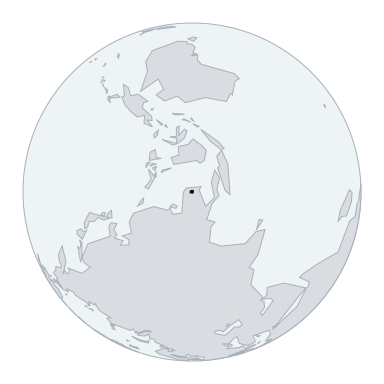 the Earth from above Bình Phước, rotated 212°
{"feature_id": "VNM-484", "entity_name": "Bình Phước", "entity_type": "Province", "adm_level": 1, "iso_a3": "VNM", "parent_name": "Vietnam", "parent_adm1": "", "projection": "orthographic", "projection_center": [106.812, 11.797], "detail": "fine", "context": "on_globe", "style": "filled", "palette": "ink", "viewbox_px": 384, "rotation_deg": 212, "n_neighbors": 0, "source": "natural_earth", "source_scale": "10m", "svg_char_len": 9625}
<svg xmlns="http://www.w3.org/2000/svg" viewBox="0 0 384 384"><g transform="rotate(212 192 192)"><circle cx="192" cy="192" r="169" fill="#eef3f6" stroke="#a8b0b8"/><path d="M347.4,247.4L347.1,248.5L347.4,247.4ZM270.8,42.5L271.0,42.9L276.9,46.5L271.2,43.3L286.2,53.3L290.3,58.1L282.2,50.6L278.7,48.4L279.8,50.3L276.5,48.6L275.1,48.7L271.0,46.6L266.6,43.0L263.9,41.7L264.8,43.2L261.4,42.5L260.4,40.4L254.2,39.1L245.7,34.0L246.4,32.1L238.2,29.5L237.9,29.4L249.1,33.0L260.1,37.4L270.8,42.5ZM348.5,128.3L348.3,128.0L348.1,127.3L348.5,128.3ZM281.9,49.8L280.9,48.8L283.0,50.5L281.9,49.8ZM275.7,49.1L277.0,50.0L275.7,49.7L275.7,49.1ZM268.3,46.4L265.8,45.9L267.6,45.7L268.3,46.4ZM263.9,45.2L257.9,44.5L260.4,46.4L250.1,41.2L258.5,43.2L260.3,42.6L261.3,43.9L263.9,45.2ZM245.3,38.7L243.2,38.2L244.6,38.1L245.3,38.7ZM234.0,28.4L233.8,28.3L228.8,27.1L227.9,27.0L225.2,26.3L234.0,28.4ZM216.8,24.9L216.0,24.8L214.9,24.6L216.8,24.9ZM220.1,25.4L221.0,25.6L219.0,25.2L222.2,25.8L218.5,25.2L216.9,24.9L220.1,25.4ZM216.7,25.0L222.7,26.0L222.9,26.1L216.7,25.0ZM205.2,23.6L206.1,23.6L204.7,23.5L205.2,23.6ZM213.0,24.5L215.1,24.7L215.2,24.8L213.0,24.5ZM206.0,23.7L204.9,23.6L206.5,23.7L206.0,23.7ZM209.1,24.0L208.8,24.1L207.8,23.8L210.0,24.1L209.1,24.0ZM212.8,24.5L213.5,24.6L211.8,24.4L212.8,24.5ZM200.5,23.6L198.8,23.2L202.4,23.4L203.5,23.6L200.5,23.6ZM58.9,87.9L58.8,88.2L57.6,89.9L52.5,96.8L46.2,109.8L50.5,104.7L50.2,113.4L53.4,115.5L64.1,102.5L58.9,98.5L63.3,91.2L71.8,88.7L77.1,93.2L79.0,90.5L80.1,82.8L85.9,79.4L81.0,79.9L79.6,83.0L76.5,83.6L77.6,80.9L79.6,79.7L79.3,77.6L69.8,84.9L67.4,88.8L63.7,87.8L59.3,94.4L56.7,96.6L63.2,86.3L66.0,83.2L74.3,72.0L71.0,75.1L62.9,86.1L63.4,84.7L58.8,89.9L62.7,84.9L72.4,72.9L72.1,72.9L88.6,58.3L92.8,55.4L92.7,55.9L101.2,50.4L102.3,50.2L97.0,53.3L93.2,56.1L93.8,58.5L95.8,57.7L101.3,54.2L100.8,55.6L106.0,52.0L109.5,52.4L109.6,49.1L116.1,45.7L121.7,44.1L123.8,42.6L114.6,45.3L111.0,47.0L107.8,49.2L97.8,54.4L96.2,54.6L106.7,47.6L105.6,47.4L114.3,42.7L133.8,37.3L138.6,37.6L132.9,44.7L128.1,46.1L127.7,44.0L122.1,48.8L125.4,47.0L125.0,48.4L131.0,46.2L131.0,47.2L136.8,43.7L137.5,44.7L133.8,46.9L143.3,45.2L146.4,47.1L148.5,46.3L149.9,45.0L152.9,48.7L154.4,48.0L154.0,46.4L156.6,44.2L162.4,41.9L163.1,43.3L161.1,44.3L158.0,48.9L152.6,51.8L153.4,52.2L158.3,50.0L162.2,44.3L165.5,42.6L164.3,45.1L165.0,44.0L166.9,43.6L169.4,44.7L170.9,42.0L190.5,37.8L197.3,40.0L194.1,42.3L208.5,42.5L215.0,46.2L214.6,44.6L221.3,44.4L219.3,43.2L219.6,42.4L235.8,42.7L240.1,44.3L246.6,43.7L246.4,43.0L243.5,41.7L250.1,41.2L260.4,46.4L260.3,47.5L266.9,50.4L265.8,52.9L267.9,56.7L262.9,58.5L265.0,61.7L267.4,62.6L272.0,68.1L273.4,77.4L262.0,66.1L257.8,53.7L258.6,58.1L255.4,56.2L253.8,57.4L254.6,60.9L256.6,61.8L242.3,64.7L238.3,74.5L246.0,74.8L250.7,78.7L252.8,92.8L238.0,111.1L244.1,118.5L244.4,123.1L238.9,125.4L238.3,118.7L232.9,115.8L233.4,111.9L224.4,114.2L224.7,108.8L217.5,113.7L220.1,118.2L227.9,117.8L221.6,125.0L229.4,133.5L230.2,143.2L216.6,159.4L202.9,163.7L202.0,166.8L196.7,162.9L189.4,168.6L199.2,187.2L198.9,192.4L187.2,201.4L187.0,197.5L172.8,187.0L170.0,199.2L180.7,210.4L184.4,222.8L176.1,218.4L172.3,207.5L167.3,203.4L168.8,192.7L164.9,176.4L156.5,178.7L157.3,172.3L150.6,158.7L138.7,161.6L119.5,176.4L116.7,192.6L110.2,198.9L102.9,174.2L103.6,158.4L98.4,159.1L93.0,144.7L76.4,140.4L76.3,136.2L72.7,137.2L69.2,132.1L69.9,125.3L66.8,124.8L65.6,142.8L69.2,143.5L75.3,138.2L74.0,144.4L77.7,151.0L65.6,163.5L44.7,170.9L46.4,158.7L50.1,123.5L52.1,120.3L52.2,119.9L52.5,119.2L49.0,124.3L50.9,117.7L44.8,141.0L42.2,150.8L44.3,171.6L43.2,173.1L45.0,177.9L55.5,176.6L54.7,180.6L47.5,197.5L36.3,218.6L40.0,236.5L42.9,251.0L40.8,258.0L45.9,269.7L45.5,272.2L48.8,278.6L51.2,284.3L53.5,288.8L53.3,288.5L46.8,278.5L41.1,268.0L36.1,257.2L31.9,246.0L28.5,234.6L25.9,222.9L24.1,211.1L23.2,199.2L23.1,187.3L23.9,175.4L25.5,163.5L27.9,151.8L31.1,140.4L35.2,129.1L40.0,118.2L45.6,107.7L51.9,97.5L58.9,87.9ZM78.9,105.8L84.7,108.6L88.8,99.2L91.3,99.6L91.8,96.5L89.1,98.5L91.2,90.2L96.1,88.9L98.8,85.3L97.0,84.2L87.7,88.1L84.6,99.7L80.4,102.6L78.9,105.8ZM109.2,44.7L109.3,44.7L109.0,44.8L109.2,44.7ZM106.7,46.2L106.5,46.3L105.8,46.7L106.7,46.2ZM96.3,52.7L93.3,54.9L90.9,56.6L96.3,52.7ZM191.6,23.0L188.0,23.1L189.4,23.2L186.8,23.5L180.2,24.0L182.4,24.0L180.5,24.6L175.1,25.3L176.9,24.6L169.6,26.0L168.9,25.5L168.1,25.7L165.5,25.8L160.9,26.4L161.4,26.1L159.4,26.5L157.6,26.7L155.1,27.3L155.0,27.2L151.9,27.9L153.1,27.6L165.8,25.1L178.7,23.6L191.6,23.0ZM201.2,23.3L200.9,23.3L201.2,23.3ZM200.0,23.2L200.7,23.3L198.4,23.2L198.8,23.3L196.2,23.2L199.5,23.6L191.9,23.7L187.7,23.6L194.0,23.1L193.3,23.0L193.9,23.1L200.0,23.2ZM59.5,87.9L59.1,88.6L59.3,89.0L56.5,92.5L59.5,87.9ZM65.8,79.7L66.0,79.6L62.0,84.2L62.4,83.6L65.8,79.7ZM69.5,75.9L66.3,79.2L68.2,77.1L69.5,75.9ZM97.5,53.2L98.1,53.2L96.8,54.1L94.9,55.2L97.5,53.2ZM153.4,31.0L155.1,30.2L156.1,30.1L161.8,28.6L162.8,29.1L159.7,30.2L153.4,31.0ZM61.3,104.1L58.4,106.1L58.8,104.4L59.7,104.0L61.3,104.1ZM55.8,98.8L55.4,101.7L55.0,99.8L55.8,98.8ZM155.5,31.3L157.7,30.6L156.8,31.3L155.5,31.3ZM163.8,29.5L163.3,30.2L163.6,29.0L163.8,29.5ZM123.4,334.1L127.0,336.1L124.7,335.8L123.4,334.1ZM56.3,253.9L59.7,277.5L55.8,276.2L51.8,268.4L48.3,253.6L51.7,250.8L52.5,244.6L56.3,253.9ZM227.1,252.8L232.2,253.6L232.0,254.4L227.1,252.8ZM221.8,249.9L227.6,250.4L220.8,251.6L221.8,249.9ZM229.9,250.6L235.8,249.3L238.4,248.1L237.9,249.7L229.9,250.6ZM217.8,249.8L196.3,248.6L187.8,246.0L189.8,243.3L203.6,244.9L217.8,249.8ZM189.1,243.2L176.1,234.4L158.4,209.9L164.7,210.8L183.2,226.2L182.1,228.5L189.9,235.3L189.1,243.2ZM220.6,230.3L219.3,237.6L207.4,236.4L202.0,234.9L198.3,225.3L200.4,220.7L204.8,221.1L222.0,205.8L228.0,210.0L222.7,216.6L227.7,223.2L220.6,230.3ZM117.3,194.2L120.6,204.4L117.1,205.6L117.3,194.2ZM229.0,194.8L222.1,201.6L228.4,192.4L229.0,194.8ZM232.8,186.1L233.2,189.7L230.4,186.1L232.8,186.1ZM201.8,171.7L197.2,172.2L197.0,169.7L203.0,167.6L201.8,171.7ZM230.7,151.5L230.6,158.8L229.7,161.2L227.6,156.7L230.7,151.5ZM166.9,37.8L157.9,39.0L152.0,40.9L149.7,43.3L149.1,40.8L158.1,37.8L166.9,37.8ZM187.5,37.4L189.4,35.8L191.2,36.6L191.0,37.0L187.5,37.4ZM186.8,36.4L184.4,34.5L187.2,33.7L188.5,35.3L186.8,36.4ZM169.6,32.0L166.8,32.2L167.6,31.5L169.6,32.0ZM307.9,311.3L308.4,312.1L303.5,316.6L297.5,321.4L293.1,323.4L307.9,311.3ZM269.5,325.3L270.7,320.5L276.6,319.8L273.0,324.2L269.5,325.3ZM312.0,307.6L316.4,302.7L319.5,297.1L317.2,302.1L318.9,301.7L309.3,311.5L312.0,307.6ZM251.8,305.2L218.9,314.8L212.0,313.2L214.3,309.0L209.2,295.6L211.6,296.0L210.8,286.9L230.6,279.3L245.0,264.3L255.3,265.5L263.5,254.5L273.9,255.4L270.3,264.1L280.6,269.8L288.9,250.2L293.8,270.9L300.3,278.0L300.6,290.8L283.8,312.5L275.5,316.9L274.5,315.0L270.9,317.2L266.1,316.5L264.6,309.7L261.0,311.9L265.1,306.7L259.6,311.3L257.6,307.0L251.8,305.2ZM325.4,266.4L326.6,266.9L327.9,270.2L326.1,269.8L325.4,266.4ZM344.3,252.2L344.5,253.8L343.4,254.5L344.3,252.2ZM347.0,248.7L345.8,249.7L347.4,247.4L347.0,248.7ZM333.3,253.7L333.8,254.9L333.2,255.4L333.3,253.7ZM332.9,253.3L333.8,251.2L333.5,253.3L332.9,253.3ZM327.8,242.6L328.6,241.4L328.9,242.2L327.8,242.6ZM239.6,254.0L246.8,248.5L250.6,248.2L239.6,254.0ZM326.7,240.3L324.7,240.3L325.0,239.1L326.7,240.3ZM327.0,237.7L326.9,236.1L327.9,239.8L327.0,237.7ZM323.2,234.4L325.6,237.1L322.9,234.7L323.2,234.4ZM321.7,234.8L319.9,233.7L320.1,233.2L321.7,234.8ZM300.2,237.6L307.1,246.9L301.3,246.7L294.9,241.0L289.6,246.4L277.6,245.5L280.4,242.2L278.9,237.0L266.3,234.8L263.8,231.4L268.3,229.2L259.9,226.3L269.2,225.0L272.9,232.0L278.0,226.6L286.8,228.0L295.3,230.4L301.9,235.5L300.2,237.6ZM269.1,240.2L270.6,240.2L269.2,242.3L269.1,240.2ZM316.5,230.0L319.1,233.3L318.7,234.1L317.4,233.6L316.5,230.0ZM303.4,234.3L310.6,228.5L312.2,228.6L307.4,235.1L303.4,234.3ZM308.9,224.8L312.2,225.6L313.8,228.8L313.2,229.6L308.9,224.8ZM250.2,233.4L249.8,235.3L247.4,233.7L250.2,233.4ZM253.4,232.3L260.6,234.6L252.7,234.0L253.4,232.3ZM231.1,224.9L233.2,229.6L240.1,226.9L234.8,230.9L239.4,238.5L237.8,241.3L233.3,233.0L231.6,241.3L228.6,241.1L227.0,233.8L230.0,225.2L233.1,221.7L245.4,220.7L231.1,224.9ZM253.3,226.8L251.4,221.4L252.8,217.9L254.9,220.8L253.3,226.8ZM245.6,208.5L240.4,202.2L235.7,204.4L245.1,196.2L248.6,203.6L245.6,208.5ZM241.1,195.0L236.7,196.9L241.2,192.1L241.1,195.0ZM235.5,194.8L235.0,190.6L238.5,191.3L235.5,194.8ZM243.4,195.2L244.1,188.1L245.9,192.4L243.4,195.2ZM233.4,181.1L241.0,188.3L231.2,185.0L230.5,171.3L234.6,171.2L233.4,181.1ZM254.8,128.7L253.6,125.1L257.3,124.4L257.0,127.1L254.8,128.7ZM268.1,120.4L257.9,123.1L249.4,125.9L252.2,127.7L250.6,133.8L246.3,127.9L251.9,121.5L258.4,120.5L259.0,115.6L263.5,112.5L262.0,106.4L263.9,104.0L267.3,109.4L268.1,120.4ZM261.1,103.9L260.1,93.7L267.2,95.6L269.0,98.3L266.5,102.0L262.9,100.7L261.1,103.9ZM262.0,91.9L258.5,90.8L249.7,76.3L249.6,73.9L260.0,85.1L257.3,84.7L258.2,88.2L262.0,91.9ZM244.0,39.0L243.3,38.3L245.1,39.1L244.0,39.0ZM218.4,41.8L219.1,41.0L221.2,41.6L218.4,41.8ZM222.3,39.2L219.4,39.0L222.2,38.6L222.3,39.2ZM212.9,38.8L218.1,38.6L213.6,39.6L212.9,38.8Z" fill="#d9dde1" stroke="#a8b0b8" stroke-width="1"/><path d="M192.2,191.2L192.3,191.2L192.5,191.1L192.7,190.9L192.8,190.8L192.8,190.7L193.0,190.6L193.3,191.2L193.3,191.3L193.5,191.5L193.6,191.8L193.7,192.0L193.5,192.3L193.4,192.3L193.4,192.5L193.2,192.8L192.9,192.9L192.8,193.0L192.7,193.2L192.7,193.3L192.5,193.5L192.4,193.5L192.2,193.5L192.0,193.4L191.9,193.4L191.8,193.5L191.7,193.4L191.4,193.3L191.4,193.2L191.2,192.9L191.0,192.7L191.0,192.4L190.9,192.3L190.8,192.1L190.9,191.9L190.9,191.7L191.0,191.5L191.3,191.5L191.5,191.5L191.7,191.4L191.8,191.3L191.8,191.2L192.0,191.2L192.2,191.2Z" fill="#0f172a" stroke="#020617" stroke-width="1.5"/></g></svg>